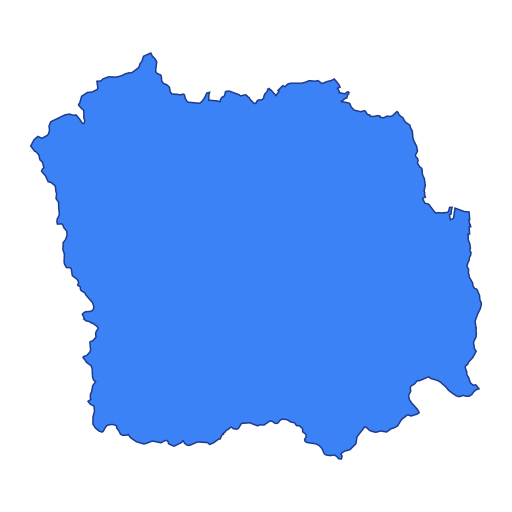 the district of Vata De Jos, Hunedoara, Romania
{"feature_id": "2599482B15034378499440", "entity_name": "Vata De Jos", "entity_type": "district", "adm_level": 2, "iso_a3": "ROU", "parent_name": "Romania", "parent_adm1": "Hunedoara", "projection": "natural_earth1", "projection_center": [22.573, 46.166], "detail": "fine", "context": "isolated", "style": "filled", "palette": "blue", "viewbox_px": 512, "rotation_deg": 0, "n_neighbors": 0, "source": "geoboundaries", "source_scale": "gbopen_adm2", "svg_char_len": 5900}
<svg xmlns="http://www.w3.org/2000/svg" viewBox="0 0 512 512"><path d="M479.0,388.8L475.8,384.9L473.0,385.1L470.4,382.8L468.7,377.7L466.7,374.4L466.7,371.7L465.3,368.0L465.5,365.9L467.5,364.5L468.8,361.8L472.8,357.6L476.2,351.2L474.5,348.9L473.5,342.1L476.0,337.2L476.4,333.5L476.0,331.6L476.3,327.6L475.9,327.1L475.1,321.0L477.9,313.5L480.2,309.0L481.3,304.7L481.3,303.0L479.8,299.5L479.6,295.8L477.3,290.1L476.6,289.1L474.5,288.3L472.9,285.8L472.7,283.1L469.2,276.9L469.1,274.9L468.4,273.4L468.6,269.2L466.9,266.3L467.9,262.8L469.2,260.1L469.2,258.0L470.7,255.1L470.8,253.1L471.1,252.7L469.7,250.2L470.5,248.0L470.1,246.8L470.0,244.5L468.2,239.5L468.3,235.8L467.7,234.3L469.6,234.0L469.1,226.9L470.7,226.7L470.3,224.8L469.9,225.0L468.9,220.3L468.9,219.7L469.7,219.7L469.1,212.0L464.5,211.6L455.0,208.1L453.6,218.0L452.4,219.0L450.2,219.6L449.5,214.7L450.8,214.3L451.1,213.7L451.4,210.1L452.1,207.3L449.6,207.4L448.5,211.6L447.3,212.4L442.0,212.9L437.7,212.6L436.0,213.3L434.1,211.4L429.3,204.9L428.3,204.0L424.9,203.2L422.7,198.9L422.9,198.2L425.4,197.1L424.5,194.6L424.7,192.7L424.1,190.7L425.3,185.5L424.4,178.8L422.4,174.3L422.1,169.2L421.5,168.1L419.6,166.7L417.9,163.9L417.4,162.8L418.1,160.7L417.6,158.5L416.0,156.8L415.3,155.2L417.5,151.3L416.6,146.3L414.1,141.3L412.9,137.9L412.3,131.0L410.8,128.3L409.8,125.1L405.7,122.4L404.1,120.3L403.3,118.2L399.6,115.3L398.8,114.4L398.4,112.9L397.0,111.5L392.5,115.7L390.6,116.5L386.8,116.1L383.8,117.8L380.2,117.3L380.1,116.1L377.7,115.6L374.0,116.4L370.4,116.4L369.9,115.0L367.5,114.5L365.2,111.0L364.5,110.7L360.5,111.7L354.1,110.1L351.2,107.0L349.8,103.6L349.1,103.1L341.4,101.5L344.9,98.6L346.8,97.9L347.6,94.8L348.5,94.2L349.0,92.6L348.4,91.9L347.3,91.9L344.9,93.8L339.3,92.7L339.4,91.6L337.4,88.3L340.1,87.2L338.8,84.5L334.3,79.0L331.3,80.5L326.9,81.6L322.0,83.6L318.1,80.6L314.6,81.2L310.4,80.7L308.2,80.9L307.0,81.7L301.8,83.2L290.6,83.2L287.6,84.1L285.1,86.7L282.7,85.7L278.0,90.4L279.1,91.2L275.9,95.6L270.9,89.9L270.1,90.0L269.3,88.5L267.7,89.2L267.1,91.7L264.6,94.2L264.5,95.3L263.9,96.0L263.8,97.7L262.9,98.9L261.5,100.0L258.4,99.9L256.8,101.3L255.8,103.6L253.5,102.9L250.1,99.5L249.2,97.5L247.9,97.0L246.5,95.2L245.6,94.8L240.4,95.9L239.0,94.7L229.3,91.1L226.4,91.2L225.3,92.0L224.9,94.8L223.8,96.5L222.1,97.1L220.5,99.5L220.1,101.8L217.2,100.9L208.7,100.2L208.9,94.6L209.6,92.3L206.8,93.0L204.4,98.1L202.0,101.4L199.6,103.3L188.2,102.2L187.3,101.7L185.3,98.5L184.4,94.7L183.3,94.1L179.2,95.0L178.3,94.4L171.9,94.0L170.3,91.9L169.4,87.2L167.0,84.9L163.4,83.4L161.7,80.8L161.3,76.3L160.7,75.0L156.9,73.3L155.6,71.1L156.7,61.7L154.9,58.7L152.3,56.1L150.8,53.0L143.5,56.3L141.9,61.3L140.1,63.6L138.8,67.5L132.0,72.6L130.8,73.0L129.2,72.7L124.9,74.0L121.6,75.8L116.1,77.1L108.5,76.8L102.8,79.0L101.2,80.8L98.5,81.3L97.4,81.0L96.9,81.3L97.0,82.1L97.9,88.2L97.3,89.4L92.1,92.0L87.3,92.5L81.6,96.3L79.7,103.1L78.8,104.1L78.5,105.0L80.9,107.9L83.8,110.5L83.9,118.1L84.8,120.7L84.0,123.5L82.3,123.4L80.0,119.7L76.1,114.9L73.4,115.3L69.6,114.1L65.1,114.8L50.7,121.8L49.0,126.1L49.5,130.0L48.7,133.5L47.3,135.4L41.9,138.3L37.9,136.4L34.1,139.7L30.7,146.0L34.6,151.2L36.4,152.0L39.1,155.4L39.5,158.3L40.1,160.0L42.4,162.1L43.9,167.7L42.3,169.3L41.5,171.3L45.5,175.8L48.1,181.6L51.2,182.6L55.1,185.8L55.7,188.7L55.7,190.8L56.6,193.7L56.0,198.5L58.6,202.4L58.7,208.0L59.4,214.7L57.2,219.0L56.9,222.0L57.4,224.1L61.9,223.9L63.1,225.6L63.8,227.6L66.7,231.1L67.1,234.4L66.7,236.4L65.3,240.0L63.2,242.5L62.9,249.6L64.4,254.1L64.1,261.7L64.4,263.8L66.3,267.5L70.1,267.8L71.2,268.4L72.3,275.7L76.9,279.1L78.1,280.8L78.6,283.0L77.7,284.7L77.7,285.3L80.2,286.7L80.4,289.1L81.1,290.6L85.0,293.0L85.8,294.9L92.6,302.8L93.5,305.4L93.8,307.1L93.4,309.3L92.2,310.6L90.4,311.4L85.8,311.7L84.1,312.5L82.3,314.3L84.3,318.2L83.8,319.0L84.5,319.1L85.3,320.5L89.8,321.8L91.0,322.8L92.8,323.3L96.3,325.8L97.9,327.5L98.2,328.4L96.2,331.4L95.6,333.7L96.0,336.8L95.7,337.6L92.3,341.1L90.3,341.5L89.9,342.4L90.6,349.9L89.9,351.9L86.9,355.4L83.4,356.6L83.1,357.8L85.4,360.4L86.4,362.3L91.1,365.7L92.2,368.9L92.5,376.9L93.6,380.1L95.6,381.5L92.7,385.8L91.6,391.6L90.5,394.1L90.3,397.9L90.9,399.4L88.0,401.3L90.3,404.2L94.0,406.1L94.5,411.2L93.0,416.8L92.9,424.0L95.3,427.9L99.0,431.0L101.9,432.1L103.2,431.4L105.4,427.3L107.3,425.2L112.0,424.4L115.0,425.0L116.7,426.0L116.6,427.8L118.8,430.7L120.5,434.2L122.7,435.3L126.9,435.2L128.3,434.6L130.5,437.7L136.4,441.7L143.6,443.9L145.4,443.7L151.7,441.3L153.6,441.2L160.9,442.8L165.2,440.5L166.3,440.4L167.6,441.1L168.3,442.1L168.4,443.4L169.3,444.2L174.1,446.2L181.3,442.6L183.1,440.7L184.8,443.6L185.6,443.8L186.5,444.9L188.4,445.4L190.0,445.2L197.7,441.9L207.6,442.6L209.7,444.5L213.7,442.7L218.6,439.1L220.1,439.0L221.9,434.9L223.5,434.2L223.2,433.3L225.2,432.0L226.1,430.4L228.3,429.3L230.3,427.5L231.5,427.1L233.3,428.7L236.7,429.2L238.4,428.4L241.5,423.4L249.7,422.8L257.5,425.8L259.9,424.8L264.1,425.0L269.9,421.0L272.3,421.3L275.1,423.4L277.1,423.3L278.4,422.6L279.6,420.7L281.8,419.2L285.8,419.4L287.9,420.1L290.5,421.9L294.5,422.8L296.5,425.6L299.5,425.8L302.5,428.6L302.7,431.8L305.6,434.1L306.2,435.2L306.0,437.2L304.6,439.4L304.9,440.9L305.5,441.7L307.1,442.5L315.6,443.8L318.9,445.3L321.9,448.4L324.3,453.8L325.9,454.9L330.0,455.6L334.5,455.0L337.2,456.9L338.5,458.7L341.4,459.0L342.1,456.1L341.0,454.1L341.7,453.0L344.5,451.2L349.9,449.7L355.9,443.8L357.0,436.8L364.6,427.0L366.2,427.3L369.7,430.5L372.0,431.4L375.9,432.3L380.5,431.0L386.6,432.0L391.3,428.6L393.5,428.1L397.4,426.1L401.5,419.6L407.6,414.8L411.1,416.0L417.2,414.1L419.2,412.6L417.5,409.5L411.5,402.8L409.3,399.4L408.6,395.3L410.7,391.3L410.3,387.7L410.9,386.1L414.2,384.2L417.4,380.6L419.3,380.8L428.8,376.7L430.3,378.3L437.1,380.3L440.2,381.9L445.8,386.9L448.6,390.3L451.9,392.9L456.0,395.7L459.0,396.7L463.5,395.4L466.0,396.3L469.5,396.1L472.2,394.1L474.0,391.4L476.8,389.5L479.0,388.8Z" fill="#3b82f6" stroke="#1e3a8a" stroke-width="1.5"/></svg>